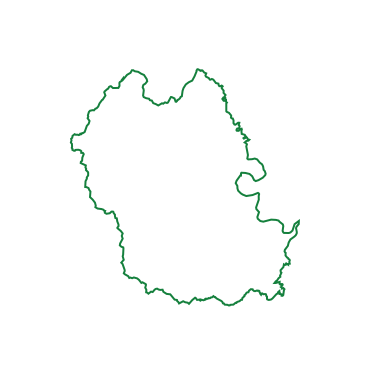 outline of Qhoasing, Mohale's Hoek, Lesotho, rotated 301°
{"feature_id": "5366337B8464119840521", "entity_name": "Qhoasing", "entity_type": "district", "adm_level": 2, "iso_a3": "LSO", "parent_name": "Lesotho", "parent_adm1": "Mohale's Hoek", "projection": "mercator", "projection_center": [27.882, -30.022], "detail": "fine", "context": "isolated", "style": "outline", "palette": "green", "viewbox_px": 384, "rotation_deg": 301, "n_neighbors": 0, "source": "geoboundaries", "source_scale": "gbopen_adm2", "svg_char_len": 6024}
<svg xmlns="http://www.w3.org/2000/svg" viewBox="0 0 384 384"><g transform="rotate(301 192 192)"><path d="M222.2,298.5L217.3,296.5L210.7,298.0L208.0,297.2L206.7,296.1L204.3,291.9L204.4,291.0L205.3,289.7L209.8,287.8L211.0,286.6L211.6,282.3L212.1,280.9L211.3,278.3L209.1,274.1L203.3,268.4L202.3,265.5L203.0,262.1L204.2,260.9L209.3,259.8L210.5,256.0L211.8,254.9L219.8,253.2L222.8,251.3L224.8,250.6L225.2,249.9L225.2,249.0L220.6,245.5L216.5,240.6L215.9,236.7L216.0,234.5L216.9,230.9L218.5,229.1L220.6,227.7L222.1,224.9L224.7,224.4L231.0,224.9L231.3,225.5L233.3,224.4L234.0,224.5L235.8,227.9L237.1,232.0L236.5,235.5L234.2,239.1L234.2,241.0L236.4,242.9L240.7,245.3L244.2,246.1L245.6,245.7L246.5,244.7L247.4,243.6L247.9,242.0L250.6,239.7L251.8,237.8L252.1,234.9L253.5,231.1L253.0,228.6L251.0,226.5L248.9,223.4L249.1,222.2L252.5,220.9L259.1,215.0L261.2,214.5L261.7,212.7L261.6,211.7L263.7,212.3L265.1,213.9L266.3,214.2L266.0,212.6L266.8,211.4L266.7,210.4L264.5,209.0L264.7,208.4L267.4,209.6L267.7,208.4L268.2,207.8L267.4,204.7L269.8,202.9L271.3,202.5L271.8,201.9L270.8,200.9L268.5,200.5L267.6,198.9L267.7,198.5L268.6,198.0L269.7,198.1L270.8,199.5L271.5,199.4L273.0,198.9L273.4,197.6L275.7,196.9L275.2,195.9L272.1,194.6L271.7,193.7L272.4,192.1L274.8,190.7L276.0,189.1L275.6,188.2L275.8,187.1L277.5,186.4L277.9,185.8L278.9,182.9L278.6,180.4L278.9,179.8L285.7,175.7L286.6,175.9L287.0,174.6L288.3,173.8L286.8,172.8L286.5,172.1L287.4,170.1L288.7,170.2L288.6,171.4L289.3,172.2L290.0,171.9L289.9,170.7L292.4,170.8L293.2,168.0L295.2,166.9L296.2,164.1L297.3,163.5L298.3,163.9L298.5,163.6L298.5,162.6L297.2,161.7L296.8,160.9L297.2,160.0L298.5,158.8L297.7,156.4L299.3,152.4L299.1,150.8L297.8,150.0L297.5,149.4L298.3,147.7L298.1,144.5L298.8,143.5L301.0,143.1L300.7,140.9L301.6,138.3L300.9,137.0L300.3,137.1L300.2,136.8L300.4,134.4L300.0,133.4L298.5,133.3L297.7,133.8L292.4,134.6L287.6,134.8L284.4,132.7L281.0,131.3L276.7,131.2L273.9,131.8L268.8,134.0L267.7,133.3L266.0,133.4L263.9,132.7L263.5,132.1L262.2,132.3L261.2,132.0L261.0,131.4L263.2,128.8L262.9,125.7L262.5,125.0L256.3,125.3L255.4,124.7L254.9,122.7L252.8,121.8L252.6,120.6L248.8,118.5L248.7,115.6L248.2,113.0L249.7,110.5L249.0,108.6L249.8,107.2L248.8,104.4L248.5,101.7L249.5,100.4L254.1,98.4L255.3,97.4L256.2,95.9L257.5,95.4L258.9,95.2L260.8,96.2L263.8,96.6L265.4,95.1L267.6,90.6L267.2,87.5L267.3,84.0L266.0,80.7L266.1,78.9L265.4,77.8L262.5,77.9L259.0,76.0L253.2,75.1L254.1,74.4L251.6,74.1L250.7,74.4L249.0,73.5L248.1,73.6L245.6,75.2L243.3,75.3L240.4,70.7L240.9,68.0L240.4,67.4L239.4,66.8L237.3,66.9L236.9,66.5L233.2,65.3L232.3,65.4L230.1,68.1L225.1,67.9L224.5,67.5L220.3,67.1L216.9,67.6L214.6,67.1L213.7,66.3L211.5,65.9L211.0,64.7L209.1,62.7L207.5,62.4L204.0,63.3L203.1,64.3L201.5,64.5L200.1,67.6L197.3,68.3L194.5,67.8L188.2,69.1L186.3,68.2L186.0,67.6L185.3,67.2L184.7,67.4L184.2,67.1L184.3,66.2L182.9,66.0L182.4,65.5L182.3,64.6L181.2,62.9L181.1,61.6L178.6,60.7L176.8,61.4L175.3,61.0L174.2,62.1L172.0,62.7L171.4,64.3L169.0,65.9L167.9,66.2L167.5,67.2L166.5,67.8L166.6,69.7L167.1,70.4L168.0,70.4L168.6,71.2L169.8,73.1L170.2,75.0L170.0,76.0L168.5,76.9L169.3,78.4L168.7,79.7L165.0,80.3L162.2,81.7L160.7,81.2L159.5,81.7L160.1,87.3L158.2,88.0L157.4,89.3L156.2,89.8L155.5,92.6L155.0,93.1L152.6,94.5L151.3,94.3L150.1,94.4L149.3,95.0L146.4,95.2L141.3,97.9L141.8,98.9L142.1,101.2L140.9,102.8L140.1,104.7L135.1,107.2L134.3,110.8L132.9,114.3L130.8,116.5L129.2,117.0L129.2,119.6L130.8,123.3L131.2,125.3L130.7,126.5L131.0,127.3L129.9,127.5L129.3,128.0L129.3,129.9L131.4,132.4L133.7,133.1L134.5,134.3L134.4,134.9L133.5,135.8L132.9,137.6L131.7,138.3L130.2,139.8L130.7,141.1L128.3,143.1L126.3,145.7L124.9,146.6L123.0,146.4L122.6,146.7L121.9,151.1L120.8,153.9L118.2,154.4L116.3,156.6L110.9,156.9L109.1,157.6L108.7,159.7L109.1,161.6L108.3,162.3L102.7,165.3L101.2,165.7L98.7,168.4L95.0,167.8L94.5,169.6L90.6,174.3L89.7,175.0L87.2,175.4L86.9,176.7L87.0,180.7L86.0,182.5L86.9,183.2L87.3,185.1L88.8,186.2L89.7,189.5L89.4,191.7L88.0,195.4L89.1,196.1L89.2,199.8L88.7,200.4L85.9,201.2L84.7,203.2L82.4,204.4L82.7,205.6L82.4,207.0L85.5,208.2L86.0,209.8L89.1,210.3L90.3,210.9L91.2,211.9L91.2,213.6L91.7,215.2L93.1,217.1L91.7,218.9L91.6,222.7L93.1,226.1L90.8,232.5L91.7,234.7L90.8,235.6L90.7,236.9L89.8,238.3L93.8,240.7L94.0,243.0L94.9,245.3L94.6,247.0L99.6,247.9L103.0,249.1L103.0,250.0L102.1,251.9L103.8,254.1L103.8,254.6L103.2,254.8L103.2,255.2L104.0,255.5L104.4,255.1L105.1,257.6L106.4,258.7L106.7,258.3L107.4,258.5L107.4,259.2L108.2,259.6L108.5,260.4L109.6,260.9L109.6,261.3L110.4,262.2L111.1,262.3L112.0,263.4L113.8,264.0L113.5,265.5L113.9,266.0L113.4,267.8L113.7,273.1L113.5,274.5L112.5,275.8L112.9,276.6L112.3,278.0L113.6,280.6L113.7,282.0L114.3,282.8L115.0,282.9L116.8,285.5L119.5,286.4L119.8,287.2L121.0,287.3L122.9,289.0L124.8,289.5L125.4,290.4L127.1,289.8L129.8,290.6L130.4,290.1L131.8,290.6L133.4,290.6L134.4,291.0L135.1,292.0L136.8,291.7L139.0,292.5L139.8,294.1L139.3,294.7L139.1,296.3L139.6,297.3L141.1,298.5L141.1,299.3L141.8,300.0L141.8,300.7L140.9,301.5L140.5,302.6L140.0,302.8L139.5,304.1L140.9,304.0L141.3,304.5L141.1,305.8L142.2,307.2L142.4,308.1L141.1,309.3L141.0,310.1L138.9,311.4L138.7,311.9L139.0,313.4L140.5,315.1L142.1,315.8L148.1,317.0L148.9,317.6L150.7,317.4L152.1,317.9L151.0,318.7L150.9,319.1L149.7,319.6L150.4,321.3L149.2,322.2L149.7,323.1L150.7,323.3L155.1,321.4L156.3,321.3L156.7,319.8L155.6,318.9L156.1,318.5L156.3,317.3L156.8,317.6L157.6,317.1L158.3,317.6L159.3,317.4L159.6,316.9L158.8,315.5L158.2,315.2L158.4,314.3L160.1,313.4L157.2,310.7L156.5,309.6L158.5,309.8L160.1,310.5L162.7,310.6L164.8,311.4L165.6,310.6L168.9,310.2L169.1,309.3L170.5,308.2L174.7,309.0L177.2,308.1L177.1,309.0L177.9,309.8L178.4,309.4L179.3,309.5L179.2,311.7L179.7,311.3L180.9,312.7L182.2,311.4L183.8,311.0L184.3,310.4L184.3,309.1L184.8,308.5L184.8,307.4L185.7,304.9L188.1,303.6L188.2,302.8L188.8,301.9L190.3,301.4L195.2,301.9L198.5,300.9L202.0,300.8L206.5,302.7L208.3,303.2L210.4,303.1L211.6,302.5L214.6,299.8L215.9,299.5L219.5,300.0L222.2,298.5Z" fill="none" stroke="#15803d" stroke-width="2"/></g></svg>